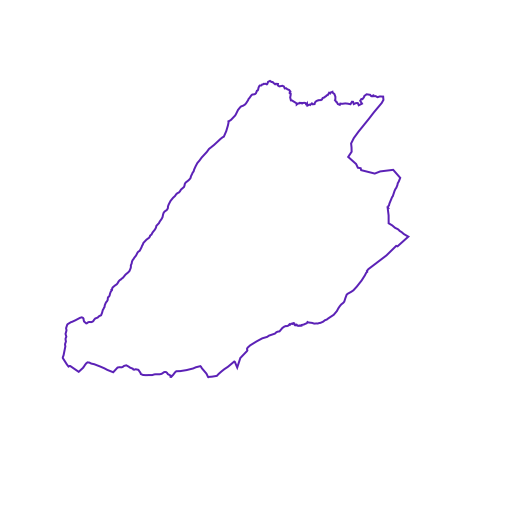 the district of Mkalama, Singida, United Republic of Tanzania, rotated 39°
{"feature_id": "72390352B53166842903656", "entity_name": "Mkalama", "entity_type": "district", "adm_level": 2, "iso_a3": "TZA", "parent_name": "United Republic of Tanzania", "parent_adm1": "Singida", "projection": "robinson", "projection_center": [34.654, -4.212], "detail": "fine", "context": "isolated", "style": "outline", "palette": "violet", "viewbox_px": 512, "rotation_deg": 39, "n_neighbors": 0, "source": "geoboundaries", "source_scale": "gbopen_adm2", "svg_char_len": 6102}
<svg xmlns="http://www.w3.org/2000/svg" viewBox="0 0 512 512"><g transform="rotate(39 256 256)"><path d="M256.8,54.5L254.5,52.1L251.8,54.1L250.5,56.1L248.3,56.5L246.4,58.2L246.0,57.6L245.1,59.2L244.3,59.2L243.3,58.9L240.2,60.7L239.5,63.5L240.0,64.8L240.0,67.2L239.1,67.7L239.3,69.8L242.5,70.9L241.0,74.2L238.9,73.1L237.5,74.2L236.4,76.4L234.4,75.1L233.5,75.7L233.9,78.6L231.4,79.9L229.4,81.2L227.1,83.6L225.6,84.5L226.0,85.8L224.0,86.4L221.6,85.5L221.4,85.7L219.3,85.2L219.2,84.5L217.5,82.3L215.0,80.8L212.7,80.8L212.1,80.3L211.5,81.6L211.3,81.6L211.0,82.5L211.2,83.0L210.1,83.1L210.5,85.8L210.1,86.1L209.8,86.9L209.9,87.6L209.4,88.8L209.4,89.7L209.0,90.2L208.4,91.3L208.8,92.8L208.4,93.4L208.4,93.9L206.3,95.8L206.3,96.2L205.5,97.3L205.2,98.8L205.4,100.0L205.9,101.1L204.6,102.4L203.8,102.2L203.4,102.2L203.1,104.3L202.8,104.2L202.3,104.7L201.3,106.8L200.1,105.7L200.3,106.5L199.6,106.3L199.4,106.5L199.1,106.1L198.4,105.9L197.2,106.5L195.8,107.9L195.8,108.3L195.3,108.3L195.1,108.8L194.7,109.0L194.6,108.8L193.5,109.5L193.4,110.5L192.7,110.9L192.3,112.7L191.6,111.9L190.7,111.9L186.0,112.5L185.2,113.1L182.8,111.3L181.5,108.9L180.7,107.9L179.8,108.3L179.1,107.5L179.1,106.5L177.3,106.1L175.4,106.7L173.8,106.7L172.9,107.7L171.0,106.7L169.4,107.1L167.4,109.5L165.5,109.7L164.8,108.5L163.0,109.7L162.8,110.5L160.4,110.5L159.5,110.3L158.4,111.1L157.5,111.0L156.7,111.1L155.8,113.1L156.5,115.2L156.4,115.8L154.9,116.2L154.1,117.1L153.6,117.4L153.6,117.9L153.3,118.1L152.7,118.0L153.0,118.2L152.8,119.0L152.9,119.9L152.6,120.4L151.7,121.0L151.6,121.8L152.0,123.5L153.0,125.5L153.1,126.3L152.7,127.0L153.5,129.4L153.4,130.5L153.0,131.3L151.5,132.9L151.3,133.8L151.3,134.7L151.5,137.3L151.4,138.5L151.8,140.0L152.2,143.7L152.1,145.3L151.4,147.3L150.3,149.1L150.1,150.5L150.1,153.8L151.1,158.1L151.4,159.9L150.9,166.0L150.3,167.8L149.8,168.7L150.7,169.6L152.1,172.4L154.3,177.7L155.9,183.5L155.3,184.8L154.7,187.5L153.5,196.1L152.1,202.4L152.3,206.0L151.8,213.6L152.0,217.6L151.9,220.6L152.6,224.2L153.5,227.7L154.3,229.6L154.3,231.1L154.6,232.0L155.3,235.1L156.0,236.4L156.1,237.9L155.9,239.8L155.1,243.3L155.4,245.0L156.1,246.2L156.6,247.7L155.9,251.6L156.2,253.7L156.1,255.2L155.3,256.8L155.3,257.5L155.1,258.1L155.3,260.4L154.9,263.0L154.9,266.9L155.7,270.8L156.4,272.9L157.3,274.1L157.6,275.1L157.7,276.5L157.0,278.9L157.0,280.4L157.6,282.1L158.9,284.6L159.3,286.5L159.5,289.9L159.9,291.4L159.6,295.3L160.4,296.9L160.8,299.0L160.8,302.8L161.3,305.2L161.0,306.1L160.9,306.9L161.3,307.6L161.4,309.2L160.6,312.2L160.3,316.1L160.3,316.9L160.9,318.5L160.9,319.4L161.5,321.1L162.2,324.4L162.3,325.3L161.8,326.8L161.8,327.9L162.5,331.2L162.5,334.0L162.7,335.1L162.7,336.7L163.1,338.3L164.1,340.1L164.6,342.0L165.4,342.9L166.1,344.0L167.1,347.2L167.0,349.1L166.3,352.5L166.3,356.6L165.8,358.4L165.8,359.2L165.3,360.5L165.2,362.6L165.5,363.2L165.6,365.6L164.9,367.9L164.4,370.7L164.6,371.6L165.4,372.9L165.0,373.3L165.5,373.8L165.6,375.2L166.2,377.0L167.1,378.9L167.3,380.0L167.0,381.1L167.3,381.9L168.4,383.5L168.7,385.1L168.6,386.3L168.9,387.6L169.5,389.5L170.4,391.0L170.4,391.7L170.8,393.2L170.9,394.3L172.1,397.0L172.9,399.5L172.7,400.1L172.1,401.0L171.9,401.7L171.7,403.5L170.4,405.7L170.3,407.4L170.5,408.7L170.4,409.6L169.8,410.8L167.9,412.3L167.3,413.0L166.9,414.7L166.5,415.2L163.6,415.1L162.1,414.0L161.6,413.4L160.7,413.0L159.9,413.1L159.1,413.4L158.1,414.9L156.1,419.6L154.5,422.9L153.8,423.9L152.5,427.6L152.6,428.4L153.7,431.3L154.1,431.9L155.3,432.8L155.7,433.4L157.0,436.4L159.4,438.1L159.9,439.9L160.4,440.6L162.1,442.1L162.9,444.3L163.4,445.1L164.7,446.2L168.9,454.2L169.6,456.3L170.1,456.9L177.3,459.3L179.9,459.9L180.3,458.8L180.9,458.4L191.1,457.6L191.9,452.2L192.0,451.3L191.8,450.6L191.9,450.1L191.7,448.9L191.6,446.4L192.0,444.7L193.6,443.7L195.6,443.3L198.4,441.9L204.6,439.9L208.9,438.7L212.1,438.1L218.2,436.2L218.6,429.8L220.0,428.2L221.4,427.3L222.2,426.2L222.6,424.5L224.0,422.6L226.7,422.1L228.4,422.0L231.2,421.1L232.0,421.4L232.8,421.1L233.8,419.7L236.2,418.5L239.7,419.5L240.8,420.2L243.0,419.6L245.0,418.2L250.3,413.8L251.5,412.0L252.4,411.1L255.6,408.5L256.8,407.0L257.7,404.0L258.5,403.2L259.3,402.8L260.4,402.8L261.9,403.3L264.0,402.8L264.6,403.0L265.3,402.6L265.3,403.2L265.7,403.7L266.2,403.4L266.4,400.6L266.3,397.3L266.6,395.7L269.6,393.1L273.8,388.4L277.9,383.0L279.3,380.3L282.1,376.6L283.0,376.7L284.5,377.3L291.5,378.6L294.9,380.2L295.2,380.2L295.5,379.6L297.8,377.4L301.0,373.8L301.2,371.1L301.8,367.5L302.6,363.9L303.9,359.8L305.5,351.7L306.2,351.6L311.6,354.5L308.0,345.1L308.8,335.6L308.7,334.8L307.5,333.9L307.3,333.3L307.2,332.4L307.7,329.1L310.2,322.0L312.7,316.0L315.6,311.8L316.2,309.7L319.3,304.8L319.6,304.2L319.8,302.4L320.5,301.1L321.7,299.8L321.8,295.0L322.1,294.4L322.4,293.1L323.3,291.6L324.1,291.1L324.9,289.8L325.0,288.0L325.7,288.1L325.9,286.7L326.2,286.2L327.0,285.9L326.9,285.4L327.2,284.7L327.4,284.5L327.8,284.9L328.2,284.6L328.5,285.0L329.5,285.2L329.7,284.6L330.3,284.1L330.5,284.4L330.8,283.8L331.8,283.9L332.0,284.1L333.4,283.3L333.5,283.1L333.2,283.0L333.4,282.7L334.3,282.4L334.8,281.9L334.5,281.8L334.7,281.1L336.3,279.2L336.5,278.6L337.7,276.4L337.8,275.7L337.6,274.9L338.5,274.7L341.7,272.7L343.8,271.9L345.6,270.2L346.4,269.7L347.4,268.2L348.1,267.5L349.5,264.8L350.0,262.5L351.0,260.9L351.4,259.1L353.4,252.8L353.5,247.9L352.9,244.8L352.7,242.3L352.7,240.1L353.3,237.4L353.3,235.9L352.0,232.6L350.8,229.0L351.0,227.7L352.5,224.0L353.3,221.4L353.6,216.3L353.5,208.6L352.8,202.5L352.2,199.7L352.4,198.3L351.6,197.8L351.6,195.5L357.0,173.5L358.6,159.9L359.9,159.4L362.2,145.1L357.1,145.9L354.2,145.8L351.8,146.1L350.6,145.9L349.3,145.9L346.4,146.6L342.5,146.5L338.5,147.1L333.5,141.0L327.8,135.5L328.0,135.4L327.7,135.3L327.7,134.4L327.4,133.8L327.5,133.0L326.7,131.3L324.7,124.6L324.7,123.5L322.7,118.2L322.2,116.2L322.1,114.6L321.2,111.8L320.4,110.3L320.1,108.3L318.9,104.5L308.4,102.7L299.3,112.1L296.4,117.2L283.7,123.1L282.1,121.9L279.6,123.3L275.9,121.5L265.3,121.0L264.7,114.8L262.0,111.6L259.1,108.7L257.8,102.8L257.4,94.7L257.4,78.6L257.2,70.1L257.4,58.0L256.8,54.5Z" fill="none" stroke="#5b21b6" stroke-width="2"/></g></svg>